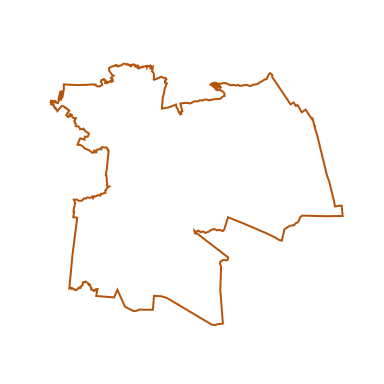 Spineni, Olt, Romania (Equal Earth projection), rotated 278°
{"feature_id": "2599482B91158629035483", "entity_name": "Spineni", "entity_type": "district", "adm_level": 2, "iso_a3": "ROU", "parent_name": "Romania", "parent_adm1": "Olt", "projection": "equal_earth", "projection_center": [24.571, 44.715], "detail": "fine", "context": "isolated", "style": "outline", "palette": "amber", "viewbox_px": 384, "rotation_deg": 278, "n_neighbors": 0, "source": "geoboundaries", "source_scale": "gbopen_adm2", "svg_char_len": 5914}
<svg xmlns="http://www.w3.org/2000/svg" viewBox="0 0 384 384"><g transform="rotate(278 192 192)"><path d="M319.0,255.2L320.6,252.9L320.5,252.6L319.1,251.7L315.9,250.5L314.8,250.6L314.0,250.0L313.7,248.5L310.3,244.5L309.6,243.1L308.2,242.3L306.7,237.7L305.0,234.9L305.2,233.0L305.6,232.0L305.6,230.5L303.9,225.5L303.8,224.3L304.5,222.8L303.7,221.5L303.7,217.5L303.1,215.3L304.4,210.6L304.3,207.7L303.5,206.4L302.9,202.9L299.5,206.0L298.8,205.5L300.6,203.7L300.5,203.4L302.9,201.1L303.5,200.9L303.4,198.8L303.1,198.3L300.5,200.6L300.2,201.5L299.1,202.5L298.1,202.8L297.5,202.0L298.0,201.1L302.4,197.3L302.1,196.5L301.0,195.3L300.7,195.6L300.0,197.5L297.9,200.6L296.6,201.7L296.8,202.2L296.3,203.5L296.8,203.9L296.8,205.6L296.2,207.6L295.3,209.2L294.3,210.2L293.2,210.7L291.6,210.8L291.5,210.0L290.5,208.8L288.8,207.7L287.9,205.8L287.2,201.9L286.6,199.8L286.2,199.4L285.4,196.0L285.2,196.0L285.6,192.7L284.6,190.3L284.0,189.8L284.1,188.2L283.6,186.5L282.6,185.3L282.1,181.7L280.0,178.8L279.3,177.2L279.6,175.7L279.3,172.9L278.0,168.1L270.6,171.2L269.9,169.9L267.8,170.6L267.3,169.6L267.3,169.3L269.0,168.6L269.0,168.0L272.8,165.9L273.3,165.0L276.4,164.0L272.5,157.0L270.4,150.6L281.5,149.9L286.7,150.6L290.4,150.5L293.2,151.3L294.4,151.2L296.0,152.1L296.9,150.6L296.8,150.0L298.6,149.8L300.0,151.0L300.8,150.4L301.3,149.3L300.9,148.2L301.8,145.8L301.6,144.9L300.6,143.7L300.5,142.8L299.4,141.9L299.0,140.5L298.4,140.1L297.9,138.7L298.4,138.3L299.3,138.5L303.6,137.8L305.1,136.9L305.9,135.6L310.7,135.8L310.2,135.1L309.3,135.1L308.9,135.6L308.4,135.1L309.1,134.7L308.9,134.3L310.1,134.0L309.6,133.7L310.7,133.5L310.4,133.4L311.0,133.1L310.3,132.7L310.8,132.3L310.7,130.6L310.2,130.7L310.0,130.1L309.4,130.0L310.7,129.5L309.8,129.5L310.5,129.2L309.4,127.0L309.4,125.9L309.0,126.0L308.4,125.2L308.5,124.1L307.8,123.6L307.8,123.0L307.2,122.3L309.4,121.3L309.7,120.5L307.8,120.5L308.3,119.9L308.4,118.5L308.8,118.7L309.6,118.2L309.5,117.7L310.0,117.4L309.8,116.4L310.2,116.0L309.6,115.6L309.4,114.2L308.1,114.3L307.9,113.9L308.4,113.5L309.0,112.6L308.8,112.4L309.4,112.0L309.2,111.2L309.5,110.6L309.1,110.5L309.4,109.4L309.1,108.8L309.7,108.3L309.5,106.1L307.9,105.1L306.8,102.2L306.0,101.5L306.4,100.6L307.1,100.1L307.2,98.9L306.4,98.9L306.5,98.4L304.6,94.4L303.1,92.5L300.3,93.3L296.2,97.3L296.2,97.9L293.6,95.8L292.9,96.8L292.8,97.6L290.6,98.2L290.1,97.2L291.1,97.0L290.8,95.8L289.7,95.8L289.8,94.6L288.4,93.2L289.1,93.0L289.6,91.9L288.4,92.0L287.8,91.4L287.7,90.9L291.0,90.4L291.4,88.9L290.8,88.8L290.5,86.9L288.4,86.4L287.6,87.4L285.4,88.1L283.6,85.8L283.8,85.0L283.4,83.9L283.9,82.3L284.9,81.7L285.0,80.9L284.4,80.2L284.9,79.1L283.9,75.1L281.8,62.6L280.7,50.1L275.3,50.9L274.6,50.4L273.2,50.7L269.3,50.5L271.0,49.6L265.2,49.4L265.3,48.7L273.3,49.2L273.4,48.5L273.1,47.6L265.2,47.0L265.1,47.6L261.4,46.9L261.7,45.9L261.5,45.6L261.7,44.2L262.9,44.4L263.2,43.6L261.5,43.1L261.6,42.4L262.4,42.6L262.9,41.4L263.0,41.0L262.3,40.7L262.7,39.7L261.1,39.5L260.8,39.9L261.2,41.0L260.6,41.0L259.4,40.3L258.8,40.9L259.3,42.6L258.2,43.4L256.9,43.6L256.4,45.1L255.8,44.9L255.6,45.6L254.8,46.0L254.6,46.8L253.4,47.4L259.1,51.0L259.1,52.2L258.8,53.2L257.9,54.4L258.1,54.8L257.8,55.8L257.2,56.0L255.6,59.1L250.5,56.8L249.1,58.7L249.1,59.3L252.2,60.4L251.7,62.1L250.4,61.5L250.5,62.3L249.0,63.9L248.4,65.7L249.1,66.5L248.9,66.9L246.1,65.5L245.2,66.4L244.3,66.3L243.2,67.6L241.2,67.5L240.9,68.8L241.2,70.0L240.1,71.6L238.6,72.4L239.0,73.3L238.8,74.6L239.7,75.7L237.4,77.8L235.5,81.9L232.1,81.0L231.9,78.2L228.8,78.2L229.6,74.3L229.4,73.7L222.9,72.0L222.7,72.8L223.2,74.5L221.5,78.3L220.2,79.5L218.9,84.7L217.0,87.7L217.4,89.2L219.3,89.2L219.3,90.3L217.9,90.5L218.0,91.7L220.5,91.8L220.8,93.1L221.6,94.1L221.7,95.2L222.1,95.4L221.5,95.8L221.6,96.3L223.2,96.3L223.8,96.5L223.9,96.9L224.0,97.9L223.8,99.3L224.2,100.5L224.1,101.2L223.3,102.2L222.8,102.1L222.5,102.7L221.4,103.0L221.4,103.7L204.5,104.4L196.7,104.3L196.4,105.0L195.3,105.0L193.8,105.8L191.1,106.0L188.7,106.9L186.9,106.8L186.1,107.7L185.9,109.2L184.6,107.5L182.1,106.7L181.6,105.9L179.3,106.5L177.7,103.1L177.2,102.8L177.4,101.9L175.6,101.4L175.9,99.4L175.1,98.8L175.0,98.1L174.0,96.9L174.3,95.6L172.2,94.8L173.6,93.8L172.0,92.2L172.1,89.1L170.6,87.6L170.6,85.9L168.4,84.4L167.7,83.1L167.7,80.3L168.5,79.0L168.0,76.0L164.8,77.9L158.9,77.3L156.0,77.4L156.0,78.0L150.5,77.9L150.6,81.9L113.2,82.4L79.8,83.9L80.2,84.3L80.3,85.0L79.4,85.4L79.3,85.8L79.8,86.2L80.2,85.9L80.3,86.2L80.0,87.3L79.0,88.4L79.3,89.5L78.6,90.5L79.1,91.6L80.7,92.5L80.8,93.3L81.8,93.6L81.5,95.0L83.5,95.4L84.2,96.6L85.0,96.8L86.7,96.3L87.6,96.7L87.5,97.5L88.5,99.0L87.9,99.3L87.8,100.6L87.3,101.8L86.5,102.1L86.4,103.0L85.6,103.0L85.8,104.0L83.8,104.8L83.0,105.7L82.4,105.4L81.2,106.0L81.4,107.1L80.9,107.9L81.0,108.5L80.4,108.5L80.2,108.9L81.0,109.8L81.5,109.6L82.2,110.0L82.8,111.9L75.7,111.6L76.8,129.6L84.8,131.7L69.1,141.6L65.9,150.8L66.6,153.6L68.4,156.5L68.6,159.9L70.0,169.7L83.9,168.8L84.5,176.2L83.5,182.1L63.4,230.0L63.4,233.7L64.5,235.3L66.0,240.9L98.6,233.7L122.0,231.2L124.9,229.7L126.7,229.8L128.8,231.8L129.2,233.0L129.1,235.9L129.7,236.7L132.2,236.9L150.3,205.1L151.6,203.4L151.3,201.5L151.7,200.6L154.0,199.8L153.4,200.6L153.3,201.7L154.7,203.6L153.5,205.9L153.7,207.0L154.5,208.3L153.4,210.9L155.0,214.1L157.1,216.2L158.4,218.9L158.3,219.9L157.4,221.7L158.3,224.0L158.0,224.9L158.2,226.0L157.6,227.4L157.9,228.3L159.1,229.0L161.5,229.5L172.0,231.2L167.9,247.8L161.1,272.8L158.5,280.6L156.8,284.4L156.3,287.7L168.1,288.8L170.8,291.8L172.6,295.0L173.4,297.8L175.1,298.6L176.4,300.7L178.3,301.8L182.5,302.8L184.0,304.6L186.6,327.7L189.2,344.5L199.2,342.2L199.2,340.7L197.6,336.0L197.7,335.5L200.8,334.6L220.6,326.8L227.1,323.4L266.2,307.8L272.7,304.7L274.1,304.5L273.9,304.2L281.3,301.3L280.7,300.8L289.4,293.0L286.2,289.7L292.9,284.3L291.7,282.9L294.7,280.1L292.5,277.4L312.9,259.2L315.6,256.7L315.9,256.0L317.3,255.4L319.0,255.2Z" fill="none" stroke="#b45309" stroke-width="2"/></g></svg>